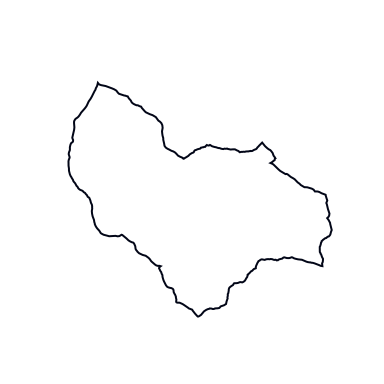 Azuga, Prahova, Romania (Equal Earth projection), rotated 46°
{"feature_id": "2599482B34904823989657", "entity_name": "Azuga", "entity_type": "district", "adm_level": 2, "iso_a3": "ROU", "parent_name": "Romania", "parent_adm1": "Prahova", "projection": "equal_earth", "projection_center": [25.628, 45.455], "detail": "fine", "context": "isolated", "style": "outline", "palette": "ink", "viewbox_px": 384, "rotation_deg": 46, "n_neighbors": 0, "source": "geoboundaries", "source_scale": "gbopen_adm2", "svg_char_len": 6072}
<svg xmlns="http://www.w3.org/2000/svg" viewBox="0 0 384 384"><g transform="rotate(46 192 192)"><path d="M335.9,149.7L333.8,148.1L333.5,147.5L333.2,146.6L332.4,145.6L331.1,144.2L329.0,143.6L326.5,142.4L325.7,142.4L324.9,141.9L324.1,141.8L323.7,141.5L320.2,138.2L320.0,137.4L318.8,135.3L318.2,134.6L317.9,133.5L317.4,132.9L317.5,132.0L317.4,131.2L317.8,128.2L318.3,127.5L318.4,125.5L319.0,124.5L319.0,123.8L318.8,122.4L318.6,121.9L317.3,119.8L316.4,117.9L311.0,114.8L310.1,114.1L307.0,113.2L304.7,112.9L304.7,111.1L304.3,109.8L303.0,108.1L298.8,106.1L294.6,103.6L293.2,103.0L292.1,100.6L290.2,99.7L287.5,98.3L286.8,97.8L282.8,99.7L280.5,100.4L279.0,101.2L277.0,103.2L274.8,102.9L272.8,103.5L269.6,105.3L268.6,105.9L266.6,107.8L262.6,108.9L260.7,108.9L258.5,109.3L254.1,109.3L252.0,109.8L250.1,110.4L248.1,110.7L246.1,110.9L244.8,111.3L244.1,112.3L238.2,113.9L235.7,114.1L229.1,114.3L227.8,114.5L225.7,115.4L226.1,113.9L226.3,111.2L226.5,110.6L226.4,110.2L225.6,109.3L225.5,109.0L225.5,108.8L225.6,108.6L224.4,108.3L222.6,108.1L219.9,106.9L217.3,106.6L216.2,106.6L214.8,107.1L213.1,107.4L210.2,107.6L209.6,107.6L205.2,107.2L205.3,111.7L205.4,112.5L205.4,114.1L205.5,114.6L205.7,115.1L205.6,116.3L205.0,117.6L204.6,118.8L204.4,120.0L203.6,121.1L203.0,121.5L202.9,121.9L202.5,122.3L201.8,123.5L201.3,123.9L200.3,125.1L199.8,126.1L198.8,127.0L197.9,128.2L197.4,128.6L196.6,130.0L196.0,130.1L194.8,130.1L193.5,130.7L191.1,131.5L190.4,132.3L190.0,132.6L188.3,134.7L185.6,136.5L185.1,136.6L184.5,137.6L183.3,138.6L183.0,139.5L182.0,140.4L180.8,141.1L179.5,141.7L178.8,142.4L177.8,143.0L176.7,143.5L175.3,144.5L173.0,145.8L170.8,146.3L170.6,146.4L170.4,147.4L170.1,147.8L169.1,148.5L168.5,148.7L168.5,149.1L168.5,150.1L168.7,151.1L168.5,151.4L168.0,151.9L167.8,152.6L167.1,153.5L166.7,154.3L166.5,154.6L166.3,154.9L166.5,155.5L166.5,155.9L165.0,158.5L164.7,159.6L164.2,160.5L164.0,161.1L164.0,161.6L164.6,163.1L164.6,163.4L164.4,164.0L164.0,164.8L163.7,166.0L163.4,167.5L163.5,169.6L163.2,170.7L163.1,171.6L162.7,172.9L162.5,174.2L162.1,174.4L162.2,174.9L161.5,175.2L160.3,175.2L158.3,176.1L156.1,176.8L154.4,176.7L152.0,176.7L150.0,177.2L148.0,178.2L145.7,178.9L143.8,179.6L141.8,180.0L139.7,179.7L137.8,178.4L134.5,176.4L133.2,175.2L131.1,174.1L129.4,172.9L127.5,171.4L125.5,168.6L123.4,167.0L121.2,166.2L119.1,166.2L117.3,166.6L113.0,166.0L109.3,167.0L106.7,168.3L102.7,169.8L101.3,169.9L96.7,169.7L95.3,169.3L93.5,170.3L92.7,170.4L91.7,171.0L91.0,171.7L89.6,172.3L88.1,172.8L86.6,173.1L85.2,173.0L83.8,172.5L82.2,172.4L81.0,172.4L79.6,172.1L78.6,171.8L77.4,172.6L76.6,172.9L75.4,173.8L70.6,176.3L68.9,176.3L66.5,176.0L64.2,176.6L61.8,177.6L55.8,180.5L51.9,183.2L50.0,184.1L48.1,183.9L49.6,186.3L50.0,187.2L50.6,189.2L51.2,190.1L51.5,190.9L51.7,191.9L53.8,197.8L54.5,200.2L55.1,203.4L56.5,207.0L57.0,208.5L57.4,210.9L57.9,216.7L58.5,218.9L58.9,221.1L58.9,222.5L58.5,225.0L58.7,226.1L59.1,227.4L59.6,228.1L60.4,228.9L63.8,231.7L65.3,233.5L69.8,240.4L70.7,240.9L72.0,241.4L72.9,242.4L73.1,242.8L73.0,244.4L72.9,244.9L73.1,245.6L73.6,246.7L74.9,248.7L76.6,250.3L77.1,250.9L78.0,252.9L78.7,253.9L79.3,254.5L81.9,255.8L82.5,256.6L83.1,258.0L84.0,259.4L87.4,262.6L89.5,264.1L91.0,265.5L91.9,266.1L94.5,267.6L96.5,268.3L97.4,268.4L98.2,268.7L100.6,269.2L101.8,269.8L102.4,269.9L104.6,270.0L107.4,270.8L108.6,270.7L110.2,271.2L111.4,271.2L112.6,271.0L114.9,270.0L115.7,269.9L116.9,270.0L118.2,269.6L118.6,269.6L119.7,269.8L121.5,269.8L122.7,270.3L123.3,270.3L124.3,270.0L125.0,270.0L127.5,271.0L129.6,272.2L131.5,272.8L132.9,273.7L133.2,274.1L134.7,275.4L136.1,277.3L138.1,278.9L140.5,280.4L144.0,281.9L145.8,283.2L147.1,283.8L147.7,284.3L149.7,285.0L151.0,285.3L152.4,285.5L155.5,285.6L158.2,286.2L159.1,286.0L161.3,285.3L165.1,283.0L166.0,282.5L166.4,282.2L170.4,277.5L172.3,276.2L173.3,274.8L173.8,272.4L174.5,272.0L179.8,271.4L182.7,271.3L184.7,270.8L186.5,270.1L187.4,269.5L188.2,269.4L189.5,269.7L191.6,270.5L193.7,272.1L195.1,272.5L196.0,272.5L197.0,272.7L199.3,272.6L203.0,271.2L205.7,269.6L209.1,269.0L211.0,269.0L213.2,269.4L214.2,269.4L218.6,269.0L220.0,268.7L221.4,267.9L222.1,267.1L222.5,266.7L223.6,266.1L223.5,266.8L223.6,268.0L223.7,268.3L224.0,268.7L225.4,269.1L226.7,269.6L228.2,269.8L229.7,270.6L231.2,271.0L232.5,272.1L233.9,272.9L235.7,273.8L236.7,274.2L240.9,275.5L242.8,275.7L243.6,275.5L244.3,275.2L246.0,274.2L246.6,273.7L247.9,273.2L248.2,273.1L249.2,273.2L249.9,273.6L251.3,274.7L253.0,275.3L253.9,275.4L256.1,276.3L256.6,276.8L258.7,278.1L259.2,278.8L260.0,279.7L260.7,279.8L261.8,279.1L262.6,278.2L263.1,277.8L264.8,277.1L266.1,276.6L268.3,276.1L272.7,275.2L273.4,275.2L276.8,273.6L277.8,273.9L281.7,274.3L285.1,274.4L285.7,274.3L286.0,273.9L286.3,273.0L286.7,270.6L286.5,269.4L286.4,267.9L286.3,267.5L286.2,266.1L286.7,263.5L287.3,261.9L288.0,260.7L288.1,260.1L289.5,258.9L290.5,258.4L291.1,257.8L291.7,256.8L291.7,256.4L292.0,256.0L293.4,254.4L294.3,253.1L294.4,252.0L294.2,251.0L294.3,250.6L295.7,247.7L296.2,245.3L294.7,243.1L293.3,240.3L292.3,239.6L291.6,238.4L290.3,237.2L290.1,236.4L289.2,235.1L288.2,233.8L287.5,233.1L287.0,232.1L286.8,231.6L286.8,230.7L287.0,229.0L287.4,227.3L287.2,226.3L286.9,225.5L286.9,225.2L287.2,224.7L288.2,223.7L289.3,222.2L290.1,220.2L290.7,219.5L291.9,218.7L292.3,217.6L292.5,216.5L292.5,215.3L291.7,212.7L291.5,211.4L290.5,209.8L290.2,209.6L290.2,209.4L290.4,209.1L290.1,208.2L290.3,207.6L290.1,204.5L290.5,203.4L290.4,202.2L290.4,201.0L291.2,199.1L290.2,198.1L289.6,197.0L288.3,193.7L288.3,193.3L287.9,192.3L288.0,191.8L288.3,191.1L288.3,189.9L288.8,188.8L289.0,188.5L291.0,187.1L291.4,186.8L291.7,185.9L292.1,185.2L293.1,183.9L294.3,182.9L294.8,182.0L296.0,181.0L297.4,180.4L298.4,179.6L298.7,179.0L299.2,178.7L300.0,178.6L300.3,178.2L300.8,177.5L300.7,177.1L300.8,176.7L301.2,175.7L302.6,173.3L302.6,172.1L303.0,171.1L303.6,170.7L305.5,169.6L306.5,168.6L307.2,167.8L308.2,165.6L308.8,165.2L310.5,164.7L311.8,164.0L314.1,162.5L317.1,160.0L321.6,158.1L323.0,157.3L324.8,155.9L325.0,155.6L325.8,155.3L326.7,154.4L328.5,153.4L333.2,151.2L334.4,150.8L335.9,149.7Z" fill="none" stroke="#020617" stroke-width="2"/></g></svg>